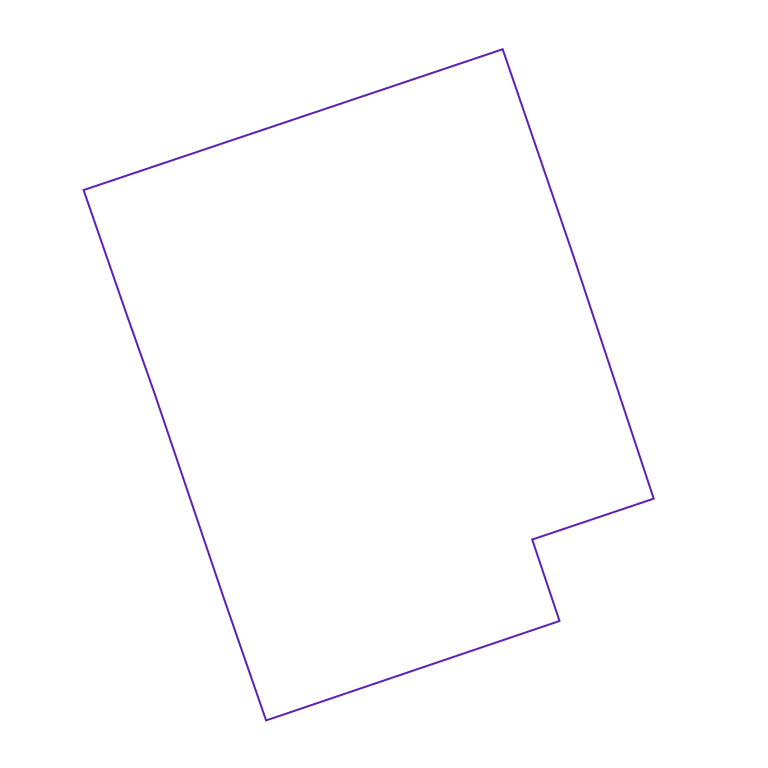 Greenwood, Kansas, United States of America, rotated 161°
{"feature_id": "52423323B21411074384100", "entity_name": "Greenwood", "entity_type": "district", "adm_level": 2, "iso_a3": "USA", "parent_name": "United States of America", "parent_adm1": "Kansas", "projection": "albers", "projection_center": [-96.223, 37.888], "detail": "fine", "context": "isolated", "style": "outline", "palette": "violet", "viewbox_px": 768, "rotation_deg": 161, "n_neighbors": 0, "source": "geoboundaries", "source_scale": "gbopen_adm2", "svg_char_len": 298}
<svg xmlns="http://www.w3.org/2000/svg" viewBox="0 0 768 768"><g transform="rotate(161 384 384)"><path d="M295.2,102.8L294.5,188.7L166.3,187.8L163.2,446.2L162.8,661.9L604.9,665.2L604.7,536.1L604.0,449.4L605.2,233.6L605.0,104.3L295.2,102.8Z" fill="none" stroke="#5b21b6" stroke-width="2"/></g></svg>